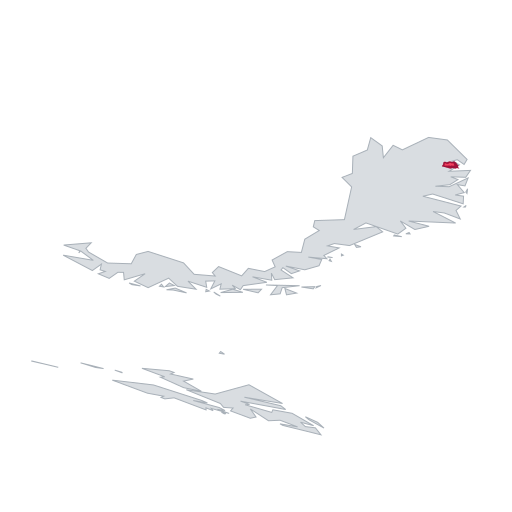 Hjelmeland nor, Rogaland, Norway shown in context, rotated 195°
{"feature_id": "86288312B13309254360301", "entity_name": "Hjelmeland nor", "entity_type": "district", "adm_level": 2, "iso_a3": "NOR", "parent_name": "Norway", "parent_adm1": "Rogaland", "projection": "equal_earth", "projection_center": [6.272, 59.206], "detail": "fine", "context": "in_parent", "style": "filled", "palette": "rose", "viewbox_px": 512, "rotation_deg": 195, "n_neighbors": 0, "source": "geoboundaries", "source_scale": "gbopen_adm2", "svg_char_len": 6643}
<svg xmlns="http://www.w3.org/2000/svg" viewBox="0 0 512 512"><g transform="rotate(195 256 256)"><path d="M311.0,222.3L290.2,226.1L293.9,228.7L289.4,236.1L264.7,233.1L260.2,242.1L243.6,243.2L234.7,250.5L239.4,256.3L226.9,268.3L213.1,271.2L213.2,284.9L201.5,297.0L208.2,299.0L208.4,305.4L180.0,314.0L181.5,347.5L193.2,354.2L184.3,360.7L188.2,377.5L175.9,387.2L175.8,400.0L162.6,395.0L158.4,383.9L152.2,398.4L142.1,396.4L120.0,415.2L101.2,417.6L77.1,403.9L78.7,398.3L86.5,401.1L90.8,398.6L83.1,396.7L91.4,387.8L71.0,394.2L73.8,386.3L88.4,382.9L80.7,382.1L87.2,375.1L100.8,369.8L87.4,372.9L71.3,386.3L72.3,377.8L80.0,377.1L71.3,371.1L79.4,366.5L71.0,367.5L69.4,360.0L101.4,361.6L110.3,356.9L70.9,357.3L74.6,351.8L68.3,344.6L85.3,346.3L96.5,344.8L71.7,339.5L117.6,329.3L96.5,329.5L109.4,322.7L125.7,327.2L118.4,321.6L124.7,313.9L158.4,316.4L168.6,306.9L147.5,315.5L139.9,312.1L168.3,290.3L183.6,288.3L189.5,284.3L177.8,285.3L190.6,274.1L186.8,271.7L205.2,268.5L191.6,269.6L192.6,262.9L205.3,255.3L224.6,254.0L210.1,252.9L217.3,248.1L227.0,251.7L228.2,249.0L214.6,244.5L231.8,238.0L236.7,243.4L234.5,236.7L254.0,235.0L238.7,233.4L260.7,224.1L262.4,219.4L271.4,221.7L267.5,219.1L282.3,214.6L282.4,220.1L291.2,212.5L289.3,221.3L298.1,218.7L295.5,213.0L315.2,214.1L305.3,208.4L324.0,206.4L334.6,212.0L352.0,197.5L367.0,200.2L358.5,210.2L377.1,198.9L379.7,205.9L385.2,204.5L392.0,196.4L403.7,198.0L397.6,202.1L403.0,202.3L403.2,208.2L410.3,199.6L442.5,206.9L412.0,209.7L426.5,215.4L444.6,216.8L418.6,226.1L422.3,219.4L418.8,216.5L397.5,210.8L374.5,216.2L372.0,226.5L361.4,232.5L324.2,230.6L311.0,222.3ZM219.5,97.8L240.5,99.8L238.8,103.2L248.1,101.4L252.2,104.3L288.7,108.8L259.7,112.1L229.5,129.8L192.2,120.4L230.7,116.6L193.3,117.8L187.6,115.4L233.4,111.8L223.8,111.0L228.0,109.5L200.3,109.0L199.9,111.8L180.4,113.4L156.4,107.0L170.0,107.0L164.2,104.0L154.2,105.4L147.0,100.1L186.3,99.3L189.4,100.1L171.6,101.7L190.2,103.6L201.3,100.1L221.9,106.8L214.3,100.5L219.5,97.8ZM264.4,94.4L298.4,97.8L307.1,94.4L311.1,94.8L308.9,96.7L325.4,95.4L362.7,98.9L321.6,104.9L270.9,102.4L264.9,101.5L279.2,100.2L252.2,100.1L245.9,98.7L253.6,97.9L241.2,97.0L259.8,97.2L257.4,95.5L265.0,96.4L264.4,94.4ZM291.8,110.1L317.0,114.2L312.9,115.7L337.1,118.0L310.1,122.7L305.0,122.3L308.0,119.9L284.7,120.9L293.6,116.4L273.8,111.2L291.8,110.1ZM227.6,233.0L238.9,230.6L206.2,238.6L222.5,232.2L222.9,225.7L231.9,222.3L227.6,233.0ZM244.4,221.0L259.9,220.5L242.1,225.3L244.4,221.0ZM259.3,217.5L280.7,211.5L269.8,217.9L259.3,217.5ZM145.8,107.4L162.7,111.6L166.7,113.5L153.4,111.3L145.8,107.4ZM216.5,226.4L219.7,232.1L207.2,230.7L216.5,226.4ZM333.7,200.2L325.7,204.1L313.5,202.4L327.2,201.7L333.7,200.2ZM335.7,203.0L332.6,207.5L327.3,206.3L335.7,203.0ZM192.2,239.1L204.1,237.8L191.3,241.6L192.2,239.1ZM445.0,96.6L418.2,97.3L445.9,96.4L445.0,96.6ZM382.1,106.8L397.8,107.4L374.1,107.8L382.1,106.8ZM359.8,197.2L368.5,196.2L371.6,197.1L359.8,197.2ZM341.4,201.8L340.0,204.3L337.2,202.2L341.4,201.8ZM295.3,208.5L295.5,210.9L292.0,210.1L295.3,208.5ZM266.3,152.6L265.4,154.6L261.0,153.0L266.3,152.6ZM362.9,109.2L355.6,109.0L354.8,108.5L362.9,109.2ZM161.2,290.3L163.7,292.7L157.0,292.1L161.2,290.3ZM280.1,208.0L284.7,208.9L287.5,210.3L280.1,208.0ZM245.8,95.3L249.0,96.2L244.2,95.9L245.8,95.3ZM127.9,312.1L120.2,312.4L128.2,311.0L127.9,312.1ZM117.0,316.2L114.2,318.3L112.9,317.2L117.0,316.2ZM189.5,242.2L185.6,244.3L189.7,240.8L189.5,242.2ZM69.9,372.1L69.0,375.7L68.4,371.0L69.9,372.1ZM183.7,272.2L181.8,270.3L184.2,270.4L183.7,272.2ZM428.0,213.1L427.5,215.1L427.1,214.8L428.0,213.1ZM185.9,273.9L181.6,274.3L186.8,273.5L185.9,273.9ZM173.5,278.2L174.0,280.0L171.9,279.4L173.5,278.2ZM67.9,357.1L66.1,359.2L66.5,357.4L67.9,357.1Z" fill="#d9dde1" stroke="#a8b0b8" stroke-width="1"/><path d="M98.4,394.9L98.4,393.7L98.2,393.4L98.3,392.5L98.3,392.4L98.5,392.2L98.6,391.9L98.7,391.7L98.8,391.5L98.8,391.4L97.8,391.5L97.7,391.5L97.6,391.4L97.1,391.4L96.3,391.6L96.1,391.7L95.6,391.8L95.2,391.9L94.9,392.0L94.8,391.9L94.8,391.7L94.5,391.5L94.4,391.5L94.5,391.4L94.3,391.4L94.2,391.4L94.1,391.7L92.9,391.5L92.7,391.4L92.4,391.4L92.1,391.4L92.1,391.5L91.9,391.6L91.4,391.7L91.2,391.5L91.3,391.4L91.1,391.4L91.0,391.5L90.9,391.5L90.7,391.7L90.8,391.7L90.7,391.8L90.3,392.0L90.1,392.2L90.1,392.4L90.1,392.5L89.8,392.8L89.5,392.7L89.4,392.7L89.3,392.8L89.2,392.8L89.2,392.7L89.1,392.8L88.9,392.7L88.7,392.6L88.1,392.6L87.6,392.7L87.1,392.7L86.9,392.7L86.8,392.8L86.7,392.8L86.8,392.9L86.8,393.0L87.0,393.1L87.1,393.3L87.3,393.3L87.4,393.6L87.5,393.6L87.8,393.5L87.8,393.4L88.0,393.3L88.8,393.2L89.1,393.1L89.4,393.0L89.5,393.0L89.6,392.9L89.9,392.9L90.1,392.8L90.3,392.7L90.5,392.6L90.7,392.4L91.1,392.4L91.8,392.3L92.2,392.4L92.3,392.3L92.5,392.4L92.8,392.4L92.8,392.5L93.0,392.4L93.1,392.5L93.5,392.5L93.5,392.4L93.8,392.4L93.6,392.5L92.9,392.5L92.4,392.5L91.7,392.6L91.1,392.8L91.0,392.7L90.9,392.8L90.6,392.9L90.2,393.0L90.2,393.3L90.3,393.3L90.2,393.4L89.9,393.2L89.7,393.2L89.7,393.3L89.3,393.4L89.0,393.4L88.7,393.4L88.4,393.5L88.0,393.6L87.8,393.7L87.8,393.8L87.7,393.8L87.8,394.0L87.6,394.1L87.4,394.0L87.2,394.1L87.1,394.3L86.9,394.4L86.7,394.4L86.5,394.5L86.4,394.5L86.5,394.6L86.5,394.8L86.4,394.8L86.2,394.8L86.0,395.0L85.9,395.1L85.8,395.3L85.7,395.3L85.5,395.5L85.4,395.5L85.3,395.8L85.5,395.9L85.9,395.9L86.0,395.9L86.2,395.7L86.4,395.6L86.6,395.6L86.5,395.8L86.6,395.7L86.6,395.8L86.8,395.8L87.0,395.8L86.9,395.7L87.0,395.7L87.5,395.7L87.6,395.8L87.2,395.9L87.2,396.0L87.3,396.1L87.4,396.4L87.5,396.5L87.4,396.6L87.1,396.6L86.9,396.7L87.1,396.8L86.7,396.9L86.8,397.0L87.2,397.4L87.5,397.3L87.8,397.3L88.0,397.4L88.1,397.5L88.5,397.9L88.7,397.7L88.8,397.7L89.1,397.7L89.4,397.7L89.8,397.5L89.9,397.3L89.8,397.1L90.3,397.0L90.7,397.0L90.8,396.9L91.3,396.8L91.5,396.9L91.8,396.9L91.9,397.0L92.2,397.0L92.5,396.9L93.3,396.8L93.7,396.7L93.9,396.5L93.9,396.4L93.9,396.2L94.1,395.9L94.4,395.9L94.5,395.8L94.6,395.7L94.8,395.7L94.8,395.4L95.1,395.3L95.1,395.2L95.5,395.0L96.5,395.2L96.7,395.3L97.0,395.3L97.8,395.2L98.1,395.1L98.4,394.9ZM84.9,394.1L85.0,394.0L85.3,394.0L85.6,394.0L85.9,393.9L86.0,393.9L86.3,393.8L86.5,393.7L86.6,393.4L86.3,393.2L86.0,393.0L85.9,393.1L85.8,393.3L85.7,393.4L85.5,393.5L85.4,393.6L85.2,393.7L84.5,393.7L84.8,393.9L84.9,394.1ZM86.0,394.1L85.9,394.1L85.9,394.3L85.7,394.3L85.4,394.4L85.1,394.4L84.9,394.4L85.0,394.5L84.9,394.5L85.0,394.7L85.2,394.8L85.0,395.0L85.3,395.0L85.4,394.9L85.5,395.0L85.4,395.0L85.6,395.0L85.7,394.9L85.8,394.9L85.7,394.9L85.8,394.8L85.7,394.7L85.8,394.7L85.8,394.8L85.9,394.7L86.0,394.7L85.9,394.7L86.0,394.7L86.3,394.5L86.4,394.4L86.5,394.4L86.5,394.2L86.2,394.1L86.0,394.1Z" fill="#f43f5e" stroke="#9f1239" stroke-width="1.5"/></g></svg>